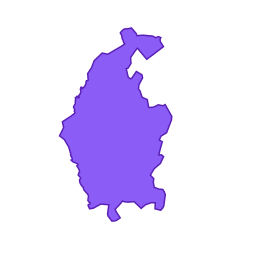 outline of Kusada, Katsina, Nigeria, rotated 150°
{"feature_id": "59680162B88881037507986", "entity_name": "Kusada", "entity_type": "district", "adm_level": 2, "iso_a3": "NGA", "parent_name": "Nigeria", "parent_adm1": "Katsina", "projection": "natural_earth1", "projection_center": [7.948, 12.456], "detail": "fine", "context": "isolated", "style": "filled", "palette": "violet", "viewbox_px": 256, "rotation_deg": 150, "n_neighbors": 0, "source": "geoboundaries", "source_scale": "gbopen_adm2", "svg_char_len": 2557}
<svg xmlns="http://www.w3.org/2000/svg" viewBox="0 0 256 256"><g transform="rotate(150 128 128)"><path d="M128.5,54.5L128.6,57.4L132.0,59.8L134.9,63.6L133.2,68.4L131.0,71.3L132.2,76.0L125.8,79.6L117.7,81.1L111.5,85.4L112.0,87.0L112.2,87.4L112.6,88.2L113.2,88.5L113.5,88.6L113.9,88.9L114.8,89.3L110.9,93.4L105.2,98.9L106.9,102.0L103.4,104.5L97.0,104.6L86.4,113.2L84.3,116.2L84.1,129.7L86.6,129.8L88.9,131.8L90.1,132.9L95.2,133.3L95.4,133.3L99.3,135.1L99.7,135.7L99.7,135.8L97.1,143.0L99.8,146.7L100.4,147.5L100.1,148.4L100.1,149.2L99.6,151.5L99.0,154.1L99.4,156.6L96.9,160.0L93.2,162.3L90.3,164.1L89.8,165.7L89.3,167.0L92.5,172.8L99.9,169.2L101.2,169.3L102.4,171.9L99.9,180.2L98.1,179.8L93.1,182.4L91.2,186.4L90.4,187.8L82.3,191.6L82.1,191.7L79.9,192.3L77.4,178.1L56.6,180.7L56.8,186.6L56.0,188.6L54.4,189.8L55.9,191.9L58.5,192.4L59.1,192.6L60.3,194.8L61.7,196.0L62.0,196.2L68.5,200.8L74.0,203.5L73.7,206.1L75.0,212.9L77.5,213.7L78.8,214.2L81.7,215.6L83.7,215.4L85.4,215.0L87.2,214.1L87.1,211.7L87.6,210.2L88.4,208.3L88.4,206.5L89.0,204.3L88.7,202.5L92.4,202.1L108.6,202.0L112.9,205.8L121.5,203.7L123.6,203.2L129.6,198.3L135.7,195.3L138.6,189.3L139.4,189.2L140.3,189.7L141.5,188.8L142.1,187.4L143.8,186.5L144.7,185.6L145.2,185.4L146.7,185.7L147.6,184.8L148.0,185.7L148.2,186.8L148.7,186.6L150.0,185.1L150.5,183.1L151.2,182.5L152.3,181.5L154.2,180.8L155.0,180.4L154.9,179.1L155.2,178.9L156.1,179.1L156.0,180.7L156.6,181.0L157.9,180.4L158.5,180.5L158.7,179.2L159.6,178.6L161.4,175.6L161.8,175.1L162.9,174.7L163.8,174.1L164.8,173.3L164.8,171.7L165.0,170.4L165.8,169.8L166.2,169.1L166.1,168.3L166.7,167.4L172.4,166.7L181.7,166.2L183.5,160.6L191.2,155.4L188.9,149.9L188.8,141.5L189.5,138.3L190.0,136.4L190.4,134.7L191.4,132.7L191.5,129.9L192.2,128.4L193.3,128.6L193.0,127.6L192.6,126.3L189.8,122.5L189.6,121.9L189.7,121.1L191.2,120.8L191.3,120.4L191.2,119.5L191.1,117.4L191.5,115.1L191.8,114.4L193.4,113.4L194.7,112.0L194.3,110.5L194.0,108.6L194.2,108.1L194.7,107.9L195.8,107.4L196.2,106.8L196.7,105.5L197.1,103.8L197.0,101.5L196.6,98.9L197.1,96.0L196.3,92.2L196.0,89.6L196.6,88.4L199.0,85.3L198.8,83.3L198.2,82.1L198.6,81.4L199.3,81.2L199.9,81.4L200.6,81.6L201.2,81.0L201.4,79.9L201.6,77.8L201.6,77.2L198.2,75.9L189.5,75.7L183.0,71.1L188.8,63.6L189.3,61.6L188.5,55.4L185.3,53.9L183.5,53.8L179.7,54.1L180.1,61.2L179.7,64.1L174.5,65.6L172.0,66.4L169.4,67.5L167.9,65.8L165.0,63.8L159.5,61.1L156.8,51.8L151.3,52.8L145.2,51.7L141.8,49.6L145.0,44.5L140.8,40.4L138.2,41.2L136.1,42.5L129.1,51.5L128.5,54.5Z" fill="#8b5cf6" stroke="#5b21b6" stroke-width="1.5"/></g></svg>